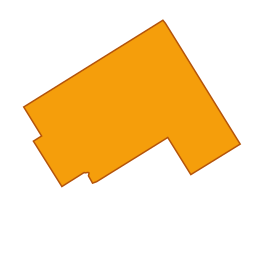 Carter, Oklahoma, United States of America (Albers equal-area conic projection), rotated 148°
{"feature_id": "52423323B10262331095216", "entity_name": "Carter", "entity_type": "district", "adm_level": 2, "iso_a3": "USA", "parent_name": "United States of America", "parent_adm1": "Oklahoma", "projection": "albers", "projection_center": [-97.204, 34.289], "detail": "fine", "context": "isolated", "style": "filled", "palette": "amber", "viewbox_px": 256, "rotation_deg": 148, "n_neighbors": 0, "source": "geoboundaries", "source_scale": "gbopen_adm2", "svg_char_len": 398}
<svg xmlns="http://www.w3.org/2000/svg" viewBox="0 0 256 256"><g transform="rotate(148 128 128)"><path d="M215.1,113.4L188.8,113.5L188.2,112.7L185.4,111.5L184.9,110.4L186.9,108.4L187.3,100.0L183.1,99.1L99.3,98.9L99.4,55.2L41.4,54.9L41.3,84.3L41.1,127.9L40.9,166.8L40.8,197.0L41.3,200.9L205.3,201.1L205.5,167.0L215.2,167.0L215.1,113.4Z" fill="#f59e0b" stroke="#b45309" stroke-width="1.5"/></g></svg>